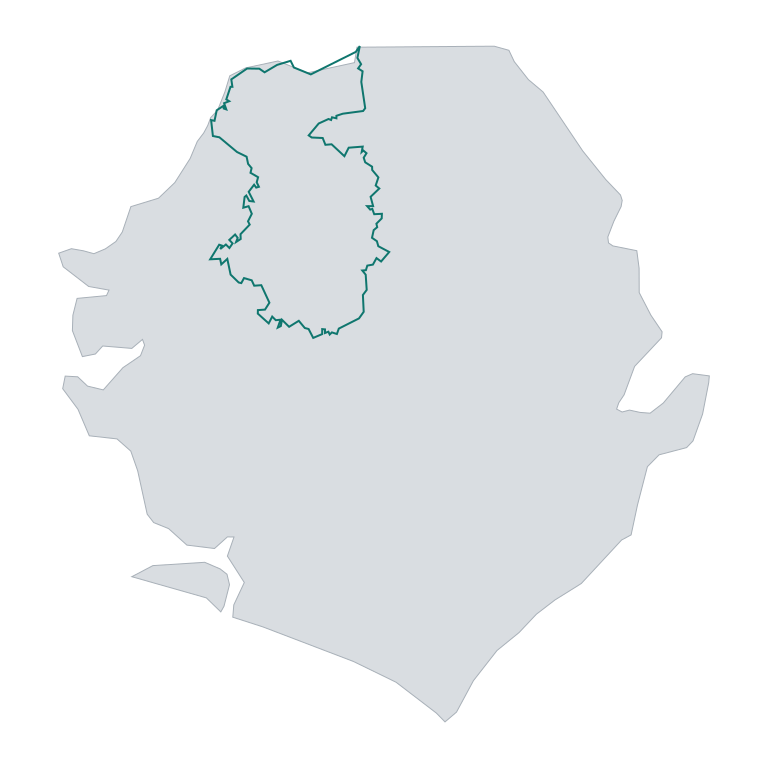 Bombali, Northern, Sierra Leone (highlighted)
{"feature_id": "65957751B29483301504535", "entity_name": "Bombali", "entity_type": "district", "adm_level": 2, "iso_a3": "SLE", "parent_name": "Sierra Leone", "parent_adm1": "Northern", "projection": "orthographic", "projection_center": [-12.185, 9.331], "detail": "medium", "context": "in_parent", "style": "outline", "palette": "teal", "viewbox_px": 768, "rotation_deg": 0, "n_neighbors": 0, "source": "geoboundaries", "source_scale": "gbopen_adm2", "svg_char_len": 3453}
<svg xmlns="http://www.w3.org/2000/svg" viewBox="0 0 768 768"><path d="M709.3,375.9L708.7,382.7L702.6,414.0L693.0,440.9L686.6,447.6L659.1,454.8L647.4,466.7L637.5,504.9L631.1,534.9L621.6,540.0L581.3,583.5L554.9,600.0L536.4,614.2L519.0,632.6L497.0,650.5L473.4,680.7L456.5,712.1L445.0,721.9L436.4,713.1L396.0,682.2L353.5,661.5L262.9,626.9L232.8,617.2L233.8,604.9L244.3,582.5L227.4,556.1L234.0,537.0L227.4,536.9L214.5,548.5L186.9,545.1L168.6,528.6L153.7,522.6L147.2,514.2L137.7,470.8L130.8,451.1L117.0,438.9L89.3,435.8L78.0,409.3L62.7,388.7L65.2,376.1L77.7,376.8L87.5,386.1L103.3,389.9L122.9,367.7L140.5,355.7L144.6,345.2L142.5,339.4L131.8,348.4L102.7,346.0L95.4,354.0L82.4,356.6L72.4,330.6L72.9,315.2L77.1,298.4L106.5,295.6L109.0,290.1L88.7,286.5L63.2,266.8L58.7,253.2L71.4,248.7L83.4,250.8L93.9,253.7L105.3,248.9L115.9,241.5L122.3,232.0L130.9,206.6L158.5,198.2L174.8,182.6L190.2,158.4L197.3,141.4L203.7,133.0L207.7,125.6L210.7,117.6L217.6,110.2L224.8,92.2L229.8,75.8L245.6,67.9L278.0,61.0L307.2,72.9L354.5,62.6L357.0,47.2L400.3,46.9L451.5,46.5L494.2,46.2L508.9,50.3L514.3,61.7L528.4,79.6L543.1,92.0L561.4,119.2L582.7,150.9L605.7,179.5L620.5,195.0L622.2,200.4L621.1,206.6L613.9,221.2L607.8,237.0L608.5,242.9L612.8,245.9L636.8,250.7L639.1,268.3L639.2,292.6L650.9,315.2L662.1,331.8L661.5,337.8L634.6,366.4L624.1,394.8L618.8,402.7L616.6,409.1L622.1,412.0L629.5,410.1L640.0,412.4L650.1,413.2L663.3,403.0L685.2,376.9L692.6,373.7L709.3,375.9ZM224.0,606.2L220.8,611.9L206.4,597.9L131.8,576.7L152.9,565.6L204.7,562.3L220.1,568.9L227.0,574.3L229.5,584.7L224.0,606.2Z" fill="#d9dde1" stroke="#a8b0b8" stroke-width="1"/><path d="M268.7,323.4L272.2,316.6L275.8,320.2L280.5,319.7L277.8,327.6L280.8,326.1L282.0,319.8L289.1,326.8L298.8,320.8L304.8,328.0L308.6,329.0L313.2,337.9L322.2,334.1L322.2,329.1L325.0,329.4L325.0,333.0L328.4,331.7L329.7,334.5L331.9,332.4L336.9,334.0L338.8,328.6L359.0,318.4L363.7,311.8L362.9,295.0L366.7,289.9L365.7,274.7L362.3,270.5L365.9,270.2L367.3,265.6L372.9,264.6L376.5,258.1L381.1,261.5L389.2,252.0L378.3,246.2L376.9,241.2L372.0,237.8L373.7,230.1L377.2,227.2L376.4,223.7L381.7,218.4L381.9,213.8L374.2,214.2L372.3,208.9L370.2,209.6L367.1,206.1L373.1,206.1L370.6,196.8L379.3,188.5L375.7,185.5L378.4,177.4L372.2,170.0L372.1,166.7L365.2,162.3L363.7,157.7L366.5,153.2L363.3,150.5L361.7,152.0L362.7,146.6L348.7,147.7L344.4,156.2L331.6,144.3L325.4,144.8L322.7,138.0L311.7,137.5L308.7,135.4L318.7,123.5L328.5,119.0L331.1,120.0L332.0,117.3L336.4,118.3L336.4,115.8L342.8,113.7L363.1,111.0L365.2,108.2L361.3,81.9L362.6,71.3L358.1,68.4L361.1,64.2L357.4,57.9L359.8,46.1L355.8,51.9L310.8,74.4L293.9,67.5L290.6,60.8L277.1,64.9L264.6,72.3L259.3,68.7L247.1,68.5L231.3,79.4L232.4,86.8L230.5,86.8L226.3,99.4L229.2,101.2L224.1,103.2L226.3,109.4L223.7,108.5L223.5,105.8L216.7,110.3L214.5,120.8L211.1,120.1L212.9,136.0L219.4,137.3L237.0,152.0L246.6,156.7L248.1,163.9L251.6,168.1L250.5,172.8L258.1,177.2L256.7,182.3L258.9,186.8L256.2,187.6L254.1,184.7L248.7,191.8L253.6,201.5L249.3,201.0L246.3,195.5L244.6,197.0L243.3,207.7L248.6,206.2L251.8,213.8L248.0,221.3L249.7,224.6L240.5,234.2L240.7,239.0L236.1,242.0L237.7,237.9L235.1,234.5L229.3,239.9L232.6,243.4L229.4,248.0L225.9,244.5L220.3,249.0L221.9,245.6L219.2,244.7L210.2,259.3L220.1,258.8L221.3,264.4L227.3,258.9L230.6,274.6L238.7,282.5L241.3,283.1L244.0,278.1L251.7,280.3L254.2,285.7L261.3,285.2L269.4,302.7L265.0,309.6L257.9,310.1L257.8,313.6L268.7,323.4Z" fill="none" stroke="#0f766e" stroke-width="2"/></svg>